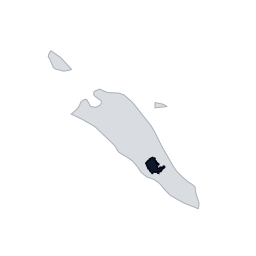 Ossu, Viqueque, East Timor (highlighted), rotated 63°
{"feature_id": "22284137B78761758678939", "entity_name": "Ossu", "entity_type": "district", "adm_level": 2, "iso_a3": "TLS", "parent_name": "East Timor", "parent_adm1": "Viqueque", "projection": "albers", "projection_center": [126.407, -8.715], "detail": "fine", "context": "in_parent", "style": "filled", "palette": "ink", "viewbox_px": 256, "rotation_deg": 63, "n_neighbors": 0, "source": "geoboundaries", "source_scale": "gbopen_adm2", "svg_char_len": 4341}
<svg xmlns="http://www.w3.org/2000/svg" viewBox="0 0 256 256"><g transform="rotate(63 128 128)"><path d="M89.9,172.3L87.7,163.9L85.3,160.3L83.5,158.3L82.9,155.7L82.9,153.1L84.0,151.9L91.9,151.5L95.0,147.2L94.9,142.0L93.4,140.3L91.8,139.5L83.7,143.5L81.4,142.8L80.0,141.4L80.5,135.6L87.1,130.2L92.7,120.4L96.7,116.5L105.9,112.9L109.7,111.8L136.6,106.4L143.1,106.0L160.2,106.2L183.0,105.0L188.7,104.3L196.0,101.9L203.1,99.0L206.9,96.7L210.8,95.0L216.7,97.1L226.7,98.7L229.4,100.1L231.8,102.1L220.2,112.3L207.5,120.8L199.7,123.3L191.6,125.1L185.4,128.4L180.2,133.5L173.5,136.4L166.0,137.4L159.6,138.9L153.8,142.0L145.7,147.1L142.5,147.7L139.0,147.6L132.3,149.6L111.5,157.0L98.9,165.3L89.9,172.3ZM24.2,161.6L34.4,156.1L50.1,151.7L49.7,154.9L48.1,159.7L45.8,162.1L42.2,166.2L39.9,167.1L30.4,166.3L29.2,166.9L27.6,166.4L25.2,163.8L24.2,161.6ZM126.5,83.7L122.3,94.8L117.6,92.4L122.5,86.2L124.9,84.3L126.5,83.7Z" fill="#d9dde1" stroke="#a8b0b8" stroke-width="1"/><path d="M178.5,113.1L178.8,113.2L178.8,113.3L178.7,113.4L178.6,113.7L178.9,113.7L178.9,113.8L178.8,114.0L178.6,114.0L178.4,114.1L178.5,114.2L178.6,114.4L178.6,114.5L178.6,114.8L178.9,114.8L179.1,115.0L179.0,115.3L178.9,115.3L178.7,115.4L178.6,115.6L178.5,115.8L178.4,115.9L178.4,116.0L178.1,116.1L178.1,116.3L177.9,116.6L177.7,116.8L177.8,117.0L177.6,117.0L177.5,117.3L177.7,117.5L177.8,117.7L177.9,117.8L178.0,117.9L177.9,118.0L178.0,118.3L178.0,118.5L178.2,118.8L177.9,118.9L177.8,119.1L178.0,119.3L177.8,119.4L177.7,119.5L177.8,119.6L177.7,119.8L177.4,120.0L176.7,119.8L176.3,119.7L176.1,119.6L174.9,119.3L174.6,119.1L174.3,118.6L174.3,118.4L174.2,118.3L174.1,118.2L174.0,117.8L174.0,117.7L174.2,117.4L174.3,117.2L174.5,117.2L174.3,117.0L174.2,117.1L173.9,117.0L173.6,117.1L173.4,117.2L173.4,117.3L173.2,117.4L173.2,117.5L172.8,117.6L172.7,117.6L172.4,117.7L172.3,117.8L172.2,117.8L172.0,118.0L171.9,118.0L172.0,118.2L171.9,118.2L172.0,118.3L171.9,118.3L171.7,118.3L171.5,118.6L171.4,118.6L171.0,118.8L170.9,118.8L170.7,118.6L170.5,118.3L170.5,118.1L170.3,118.0L170.2,118.1L169.8,118.2L169.7,118.4L169.5,118.5L169.4,118.6L169.2,118.6L168.8,118.6L168.7,118.6L168.3,118.3L167.7,117.8L167.5,117.7L167.2,117.8L167.0,118.0L166.9,118.1L166.8,118.4L166.6,118.4L166.6,118.6L166.5,118.8L166.4,118.9L166.2,119.1L166.0,119.4L165.9,119.4L165.7,119.3L165.4,119.4L165.4,119.6L165.5,119.7L165.5,119.8L165.4,120.0L165.3,120.7L165.3,120.9L165.3,121.1L165.4,121.3L165.4,121.5L165.4,121.8L165.4,122.0L165.4,122.5L165.4,122.8L165.4,123.0L165.7,123.1L165.7,123.3L165.9,123.4L166.0,123.5L166.1,123.8L166.3,123.9L166.4,124.1L166.3,124.3L166.4,124.5L166.2,124.9L166.3,125.0L166.4,125.4L166.4,125.7L166.4,125.8L166.6,125.9L166.6,126.2L166.8,126.4L166.9,126.6L167.0,126.7L167.2,126.8L167.3,127.1L167.2,127.2L167.1,127.5L167.2,127.8L167.5,128.2L167.8,128.1L168.1,128.0L168.6,128.1L169.4,128.3L169.9,128.3L170.2,128.3L170.3,128.2L170.5,128.2L171.6,128.4L172.5,128.5L172.9,128.4L173.0,128.5L173.3,128.6L173.4,128.4L173.6,128.3L173.8,128.1L174.1,128.0L174.2,127.9L174.5,127.9L174.6,128.0L174.8,128.0L175.3,127.9L175.7,127.8L175.9,127.7L176.0,127.8L176.2,128.0L176.3,128.0L176.5,128.0L177.0,127.8L177.1,127.6L177.7,127.4L177.8,127.4L178.0,127.3L178.1,127.2L178.3,127.1L178.5,127.2L178.8,127.2L179.0,127.2L179.5,127.1L179.6,126.9L179.5,126.7L179.4,126.7L179.2,126.4L179.3,126.2L179.2,126.1L179.0,125.9L179.0,125.7L178.9,125.6L178.9,125.3L178.8,125.0L178.7,124.8L178.7,124.7L179.8,123.9L179.9,123.6L179.9,123.4L180.0,123.3L180.2,123.0L180.3,122.3L180.2,122.2L179.9,122.0L180.0,121.9L180.1,121.6L180.2,121.4L180.3,121.4L180.5,121.4L180.6,121.5L180.8,121.4L181.0,121.4L181.3,121.4L181.3,121.5L181.6,121.8L181.7,121.7L181.8,121.8L181.9,121.6L182.0,121.5L181.9,121.5L182.0,121.4L181.9,121.3L181.7,121.3L181.7,121.2L181.4,121.2L181.5,120.9L181.4,120.9L181.4,121.0L181.3,120.9L181.2,120.9L181.2,120.7L181.1,120.4L181.2,120.2L181.3,120.1L181.3,119.9L181.2,119.8L181.1,119.6L181.1,119.3L181.2,119.1L181.3,119.1L181.6,118.8L181.7,118.6L181.7,118.4L181.4,117.9L181.2,117.5L181.1,117.3L181.0,117.2L180.9,117.1L180.8,116.9L180.5,116.6L180.3,116.5L180.2,116.3L180.2,116.2L180.2,115.8L180.2,115.7L180.1,115.4L180.0,115.1L180.0,114.8L180.2,114.5L180.1,114.3L179.9,114.2L179.6,114.2L179.6,113.9L179.6,113.7L179.5,113.3L179.5,113.1L179.4,113.1L178.7,112.9L178.5,113.1Z" fill="#0f172a" stroke="#020617" stroke-width="1.5"/></g></svg>